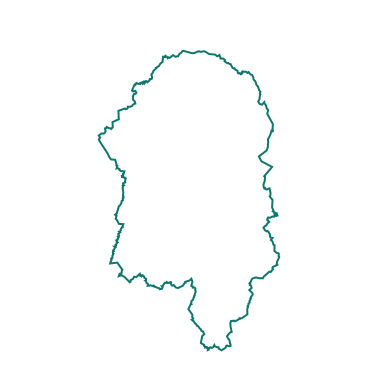 outline of Turicato, Michoacán, Mexico, rotated 206°
{"feature_id": "50627088B87048216437390", "entity_name": "Turicato", "entity_type": "district", "adm_level": 2, "iso_a3": "MEX", "parent_name": "Mexico", "parent_adm1": "Michoacán", "projection": "robinson", "projection_center": [-101.446, 18.943], "detail": "fine", "context": "isolated", "style": "outline", "palette": "teal", "viewbox_px": 384, "rotation_deg": 206, "n_neighbors": 0, "source": "geoboundaries", "source_scale": "gbopen_adm2", "svg_char_len": 5965}
<svg xmlns="http://www.w3.org/2000/svg" viewBox="0 0 384 384"><g transform="rotate(206 192 192)"><path d="M290.7,263.2L290.4,256.9L289.1,256.5L287.3,258.1L285.5,256.9L285.7,255.7L287.1,254.7L287.1,252.1L285.3,249.0L283.2,248.4L281.7,246.7L282.4,246.2L283.5,244.3L283.5,243.3L284.8,241.5L287.1,240.6L286.6,239.1L286.8,238.3L287.8,237.4L288.8,237.7L293.7,232.7L289.7,225.3L294.1,220.0L291.6,215.4L292.3,213.2L293.2,213.5L294.5,212.9L297.1,213.1L297.1,211.7L298.0,211.2L297.9,210.6L296.3,208.9L296.3,207.3L296.9,205.9L299.0,204.9L300.6,201.9L298.3,200.5L298.8,198.4L298.1,197.7L284.4,189.4L281.5,187.0L279.0,185.8L275.2,187.3L271.9,183.6L271.6,182.7L270.6,182.8L270.1,180.4L269.7,181.0L267.2,180.7L267.1,180.1L265.1,179.7L261.9,180.9L261.4,178.4L262.0,178.0L261.2,176.7L262.2,175.8L261.5,174.8L258.4,175.6L257.6,175.3L257.8,174.4L257.1,173.7L257.0,172.4L256.2,171.4L257.8,169.7L257.6,169.0L256.1,168.2L257.0,167.2L256.1,166.3L256.3,165.4L253.6,161.6L252.3,158.3L251.6,158.0L251.4,157.5L251.8,157.5L251.1,156.5L251.5,156.0L250.5,154.3L251.3,153.2L250.7,151.4L250.7,149.8L250.9,148.1L251.5,147.2L250.3,140.0L251.1,137.9L249.5,137.9L248.8,134.4L247.3,134.0L243.7,131.3L239.6,133.0L239.6,131.8L238.8,130.1L239.4,129.9L239.8,127.2L239.1,126.3L239.2,125.4L240.1,124.5L239.0,124.2L239.5,123.5L239.3,122.7L239.9,122.0L239.2,120.9L238.6,120.8L239.0,119.6L238.0,119.5L238.3,117.6L238.0,117.2L238.6,115.9L238.0,116.0L238.0,114.8L236.9,114.2L237.6,113.6L237.0,112.8L237.6,111.0L236.7,110.5L236.9,109.5L237.8,109.0L236.5,108.6L237.0,107.7L236.8,106.2L237.3,104.9L236.4,104.4L236.9,104.0L236.6,103.0L236.1,102.1L235.4,102.0L235.6,99.7L234.7,98.0L235.4,97.0L234.9,96.7L235.2,96.1L234.4,95.1L234.6,93.7L234.2,91.9L228.2,95.8L219.7,91.1L220.4,91.5L220.8,91.1L219.7,88.1L221.2,86.7L220.9,84.3L219.1,86.3L215.5,86.1L208.4,83.6L207.9,84.3L208.5,86.0L207.0,87.9L206.9,90.4L204.8,91.0L203.0,95.6L201.7,94.0L200.8,94.9L200.2,94.3L199.7,95.5L198.0,95.0L197.2,94.0L195.1,93.8L194.7,92.4L195.1,91.9L194.4,91.8L192.9,90.2L191.8,90.3L190.7,89.4L190.7,88.3L189.2,89.1L188.6,89.9L186.0,90.3L185.7,91.0L184.9,91.1L184.6,90.4L178.9,91.1L178.4,90.5L176.6,91.8L176.7,93.6L177.9,94.1L177.1,94.7L176.7,98.4L175.1,99.1L175.2,100.0L173.7,99.6L171.6,101.8L171.1,101.5L171.2,100.5L169.2,99.2L168.4,99.2L167.6,100.4L164.9,99.1L162.5,99.5L159.1,103.8L158.7,107.3L158.1,107.7L158.6,108.4L155.3,111.5L154.6,113.7L152.3,111.6L151.5,107.3L150.0,107.4L149.4,106.4L148.2,107.2L147.3,107.1L146.6,106.7L146.1,105.2L145.0,104.1L144.8,101.5L144.3,100.5L144.3,98.6L143.8,97.8L144.3,98.1L143.8,95.5L144.7,94.0L144.3,92.6L143.5,92.3L144.2,92.3L144.2,91.5L143.3,91.0L144.0,90.1L143.9,85.1L137.9,81.9L136.8,79.4L135.5,79.0L135.5,78.0L136.2,77.1L134.8,76.6L134.0,76.7L131.7,75.3L129.9,74.9L129.0,73.9L127.8,74.1L125.6,72.9L123.7,72.4L122.6,71.3L120.9,71.5L118.7,69.5L119.7,67.0L117.8,60.1L114.1,59.9L113.8,59.1L113.0,59.0L112.2,57.9L111.3,58.8L110.2,58.3L110.3,59.0L108.9,59.0L108.4,57.0L107.9,57.6L108.1,58.6L107.7,60.1L107.0,60.6L105.9,60.5L104.9,61.9L104.8,64.2L103.9,63.4L101.7,63.4L100.2,64.1L99.2,62.9L96.0,62.7L93.6,66.7L93.7,68.8L93.2,69.4L91.7,69.4L89.9,70.4L90.6,72.0L91.4,72.5L93.3,75.2L95.5,76.2L97.3,77.7L96.8,80.6L95.9,82.8L95.0,83.6L98.6,88.3L100.1,91.1L100.4,93.1L97.8,94.8L97.2,94.4L96.2,95.2L93.7,98.7L93.9,99.3L93.1,99.3L93.0,99.8L91.9,100.4L88.6,106.3L91.0,110.9L91.4,113.7L92.0,113.9L91.8,115.5L92.3,116.5L91.7,117.9L92.7,119.5L92.3,121.2L92.9,121.7L92.9,122.4L92.5,122.8L93.0,123.5L92.4,126.1L93.3,127.6L97.5,129.0L96.3,132.0L97.8,133.4L99.1,133.7L98.9,134.2L99.3,134.9L100.3,135.0L100.3,135.7L99.8,136.1L100.0,139.8L99.6,140.9L97.0,143.3L92.9,144.2L92.4,144.8L90.5,145.4L90.5,147.1L87.6,154.3L86.2,154.6L85.4,158.2L86.3,158.8L86.6,159.8L83.4,164.0L84.2,164.4L85.0,166.3L85.0,171.7L86.0,172.2L86.7,174.3L87.4,174.8L89.3,174.4L92.2,175.3L94.4,180.3L95.6,180.3L98.0,182.9L100.1,183.5L99.5,186.0L101.5,185.5L102.3,186.1L103.8,188.6L104.9,189.0L106.0,189.9L107.2,190.0L107.5,189.4L109.7,189.6L112.1,191.3L111.3,193.8L110.6,194.4L110.4,197.0L109.5,199.0L112.1,199.8L111.9,200.3L112.5,201.0L112.5,202.4L110.6,203.0L109.1,205.2L107.3,205.8L107.1,207.5L105.9,207.3L104.9,208.3L106.5,209.9L108.1,208.1L108.5,208.7L108.0,209.8L110.8,210.0L110.5,210.8L113.3,213.3L116.2,220.2L120.2,222.1L120.1,223.4L121.1,225.7L123.9,229.2L125.9,227.0L127.2,226.8L128.2,227.7L128.7,227.0L129.9,228.1L131.1,230.2L131.4,233.4L132.5,236.4L133.2,237.8L134.0,237.9L131.0,249.7L143.0,250.0L147.5,253.3L143.1,262.0L143.5,265.5L144.9,268.7L145.0,269.7L146.8,272.5L146.7,277.8L147.4,281.9L146.2,281.8L146.0,282.4L146.9,283.3L149.2,288.6L158.6,295.2L159.5,299.1L161.8,300.1L163.3,302.2L165.9,303.5L166.4,304.4L167.4,301.2L169.8,300.8L172.2,302.3L172.0,305.1L173.3,308.4L173.4,309.9L174.3,310.5L174.4,312.0L176.2,312.9L178.9,315.7L180.9,316.4L183.5,319.2L186.0,320.1L187.3,322.1L189.5,323.6L191.0,323.3L193.7,324.6L194.3,323.3L196.1,323.8L198.4,322.7L199.2,322.8L199.7,322.2L199.6,321.2L198.9,320.7L199.4,319.5L199.9,319.1L200.7,319.8L201.6,319.7L202.2,319.0L203.1,319.2L204.3,320.9L206.9,321.0L208.1,321.9L208.9,321.2L210.1,321.4L213.4,323.9L214.2,323.5L216.0,323.8L216.8,323.2L220.1,323.8L220.1,325.0L222.5,325.6L225.0,324.5L226.2,326.3L227.1,326.3L227.5,327.0L228.9,325.0L231.0,325.6L232.2,325.4L237.0,323.5L242.4,324.0L245.8,321.7L247.6,321.5L251.0,317.8L252.7,316.8L261.6,315.1L262.4,314.3L262.7,312.5L263.8,310.7L264.0,307.8L264.8,307.6L265.9,306.3L269.0,306.7L270.9,302.7L272.2,302.7L272.4,301.6L274.1,302.6L274.9,302.3L275.5,302.8L275.8,302.2L275.5,301.4L277.3,300.9L275.5,295.9L276.7,293.6L277.0,290.5L278.2,288.9L278.2,288.2L278.9,287.7L278.5,287.2L279.7,284.0L279.6,281.2L280.0,280.4L279.4,278.8L278.2,278.0L277.8,276.1L278.3,275.4L279.5,275.0L279.1,273.7L280.3,271.0L281.6,271.7L282.1,271.4L282.3,268.8L283.1,269.3L283.2,270.4L283.6,270.4L284.4,269.1L283.3,268.7L283.7,267.5L285.5,268.1L286.3,267.3L286.0,266.3L287.7,265.7L289.8,265.6L289.8,263.5L290.1,263.0L290.7,263.2Z" fill="none" stroke="#0f766e" stroke-width="2"/></g></svg>